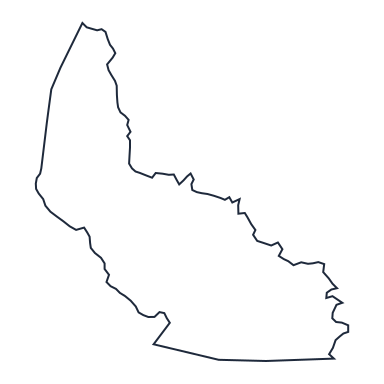 outline of Treze Tílias, Santa Catarina, Brazil
{"feature_id": "56859067B72838427404222", "entity_name": "Treze Tílias", "entity_type": "district", "adm_level": 2, "iso_a3": "BRA", "parent_name": "Brazil", "parent_adm1": "Santa Catarina", "projection": "albers", "projection_center": [-51.444, -26.941], "detail": "fine", "context": "isolated", "style": "outline", "palette": "slate", "viewbox_px": 384, "rotation_deg": 0, "n_neighbors": 0, "source": "geoboundaries", "source_scale": "gbopen_adm2", "svg_char_len": 1821}
<svg xmlns="http://www.w3.org/2000/svg" viewBox="0 0 384 384"><path d="M153.6,344.3L218.7,359.8L266.0,361.0L333.9,358.6L329.1,354.2L332.9,347.9L335.6,340.1L339.8,336.4L343.4,333.5L348.2,331.9L348.2,325.3L341.8,322.6L336.1,322.0L332.3,318.3L332.7,312.8L336.5,304.8L342.3,302.8L336.8,299.1L332.5,296.2L326.3,298.0L326.8,292.7L331.4,289.5L337.0,288.2L332.5,283.7L328.7,278.3L323.2,272.1L324.2,264.1L318.3,262.1L312.9,263.3L308.0,263.8L301.2,262.3L293.5,265.2L288.3,261.2L283.8,259.1L278.8,255.9L282.4,249.2L277.9,242.5L271.2,245.5L263.1,242.8L257.2,240.9L253.1,234.8L255.4,230.0L251.2,224.1L247.4,217.2L244.8,213.0L238.4,213.7L238.2,205.2L239.6,199.1L232.3,202.5L229.3,197.2L224.9,199.8L220.6,198.0L214.0,195.8L207.5,194.0L201.8,193.2L196.8,192.1L192.3,190.0L191.4,184.1L193.7,179.5L190.6,173.5L187.1,176.4L183.5,180.4L179.2,184.4L176.6,179.8L173.8,174.5L168.8,174.8L162.6,173.7L155.7,173.0L152.1,177.7L146.6,175.6L139.8,172.9L135.5,171.5L132.0,168.4L129.1,163.6L129.5,156.1L130.0,147.5L130.0,140.3L127.2,136.1L130.5,131.8L127.2,125.0L128.6,119.9L125.0,115.8L120.5,112.4L118.1,107.3L117.4,102.3L116.9,95.0L116.7,85.7L115.0,80.9L111.5,75.3L108.6,70.2L107.1,64.4L112.6,57.7L115.3,53.2L113.0,48.6L110.0,44.8L107.7,39.0L105.5,31.9L101.6,29.2L97.1,30.3L92.2,28.9L86.7,27.3L82.4,23.0L60.5,67.6L51.3,89.3L48.4,110.8L46.8,123.0L41.3,168.4L40.1,173.7L36.8,178.0L35.8,183.6L36.1,188.9L38.7,193.5L43.2,199.1L45.4,205.7L50.4,211.7L56.9,216.6L63.5,221.4L69.7,226.3L76.1,229.9L84.1,227.6L87.3,232.6L89.6,236.7L90.1,243.0L90.8,247.9L94.9,253.0L101.0,257.8L104.6,263.4L104.6,269.0L109.0,274.8L106.5,282.0L110.6,286.2L116.0,288.9L119.9,292.9L125.1,296.1L130.7,300.7L135.8,306.5L138.6,312.4L143.3,315.1L148.3,317.0L154.5,316.9L159.5,312.1L164.3,313.1L166.8,318.2L169.8,322.8L153.6,344.3Z" fill="none" stroke="#1e293b" stroke-width="2"/></svg>